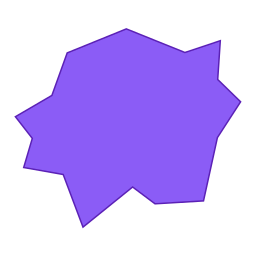 the district of Waynesboro, Virginia, United States of America
{"feature_id": "52423323B98983591567848", "entity_name": "Waynesboro", "entity_type": "district", "adm_level": 2, "iso_a3": "USA", "parent_name": "United States of America", "parent_adm1": "Virginia", "projection": "robinson", "projection_center": [-78.906, 38.066], "detail": "fine", "context": "isolated", "style": "filled", "palette": "violet", "viewbox_px": 256, "rotation_deg": 0, "n_neighbors": 0, "source": "geoboundaries", "source_scale": "gbopen_adm2", "svg_char_len": 322}
<svg xmlns="http://www.w3.org/2000/svg" viewBox="0 0 256 256"><path d="M15.4,116.7L32.3,138.4L23.7,167.5L63.2,174.5L83.0,227.1L132.6,187.0L155.0,203.8L203.5,200.9L217.4,137.6L240.6,101.8L217.7,79.5L220.3,40.7L184.9,52.5L126.3,28.9L67.2,52.9L51.9,95.4L15.4,116.7Z" fill="#8b5cf6" stroke="#5b21b6" stroke-width="1.5"/></svg>